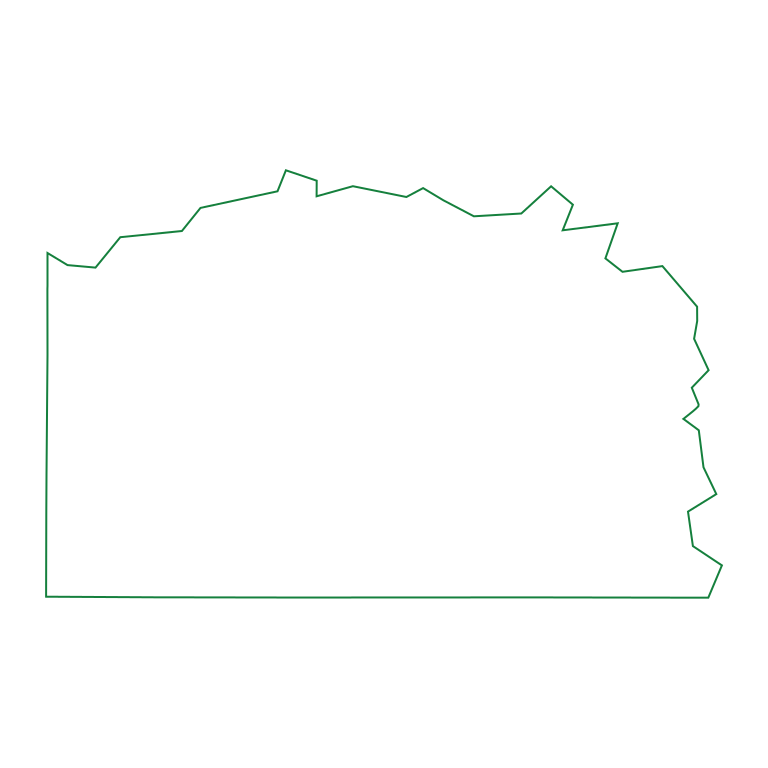 the district of Greene, Pennsylvania, United States of America
{"feature_id": "52423323B31233062263618", "entity_name": "Greene", "entity_type": "district", "adm_level": 2, "iso_a3": "USA", "parent_name": "United States of America", "parent_adm1": "Pennsylvania", "projection": "albers", "projection_center": [-80.18, 39.871], "detail": "fine", "context": "isolated", "style": "outline", "palette": "green", "viewbox_px": 768, "rotation_deg": 0, "n_neighbors": 0, "source": "geoboundaries", "source_scale": "gbopen_adm2", "svg_char_len": 763}
<svg xmlns="http://www.w3.org/2000/svg" viewBox="0 0 768 768"><path d="M46.1,596.7L153.6,597.3L276.5,597.5L277.4,597.5L351.3,597.5L532.9,597.4L708.3,597.7L721.9,565.4L692.9,546.1L688.0,511.6L716.3,494.1L703.5,467.3L698.8,430.3L683.4,418.9L692.8,411.4L695.8,408.8L698.4,406.2L698.6,404.4L691.8,387.7L708.6,370.2L694.1,338.8L697.2,321.0L697.1,306.7L662.4,266.1L622.5,271.8L605.4,258.4L617.7,223.3L562.7,230.3L572.9,204.7L551.1,186.3L521.3,213.5L473.9,216.3L443.4,200.3L423.1,188.1L406.4,197.0L352.9,186.2L316.6,196.3L316.7,180.7L285.9,170.3L277.5,191.3L200.5,207.9L181.9,231.0L120.3,237.2L95.5,267.6L67.5,265.1L47.5,253.0L47.5,257.0L47.5,260.9L47.5,285.8L47.4,289.0L47.5,354.7L46.5,475.7L46.3,512.7L46.1,596.7Z" fill="none" stroke="#15803d" stroke-width="2"/></svg>